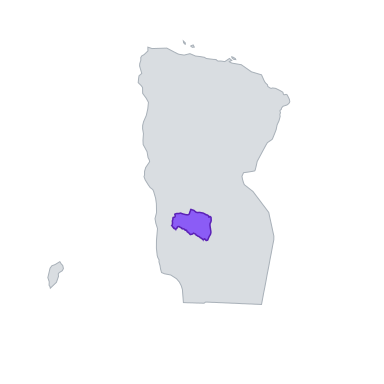 As Sawm, Hadramawt, Yemen shown in context, rotated 111°
{"feature_id": "15242507B25439284744831", "entity_name": "As Sawm", "entity_type": "district", "adm_level": 2, "iso_a3": "YEM", "parent_name": "Yemen", "parent_adm1": "Hadramawt", "projection": "equal_earth", "projection_center": [49.843, 16.023], "detail": "fine", "context": "in_parent", "style": "filled", "palette": "violet", "viewbox_px": 384, "rotation_deg": 111, "n_neighbors": 0, "source": "geoboundaries", "source_scale": "gbopen_adm2", "svg_char_len": 7715}
<svg xmlns="http://www.w3.org/2000/svg" viewBox="0 0 384 384"><g transform="rotate(111 192 192)"><path d="M298.3,160.4L286.5,166.0L283.4,168.4L280.6,171.5L278.5,175.4L277.1,182.1L278.2,188.3L278.1,191.6L275.1,193.8L272.3,195.4L269.1,197.8L267.2,198.4L265.6,200.3L263.8,201.7L257.2,205.1L250.0,207.8L238.5,211.1L234.1,214.6L230.1,217.0L224.0,217.7L215.6,221.1L210.9,223.7L205.1,228.1L203.8,229.5L202.8,232.7L201.0,235.4L197.5,240.0L194.9,242.3L193.1,242.4L189.7,243.7L185.7,244.0L178.9,242.4L177.2,243.5L175.7,245.3L170.5,248.4L165.2,254.6L161.3,256.3L155.0,258.2L150.6,260.8L147.6,261.9L143.8,262.4L136.8,262.1L130.1,263.1L123.9,264.8L121.0,268.2L117.6,273.4L112.2,275.6L110.9,277.5L109.2,281.4L105.7,282.4L102.5,283.1L99.3,281.4L93.1,286.1L90.8,286.8L87.3,287.0L84.8,288.0L83.0,287.7L80.8,285.9L76.1,283.7L72.6,285.1L72.4,280.7L66.7,267.1L68.1,255.3L68.1,253.6L67.0,248.4L63.6,243.5L63.8,237.4L62.7,233.1L61.8,228.6L62.1,227.4L62.2,226.3L60.5,219.4L60.0,218.1L59.8,216.6L60.4,215.5L60.3,214.2L59.4,212.1L58.5,208.1L53.9,204.9L54.9,202.0L55.8,203.0L57.0,203.9L57.3,202.0L57.3,200.6L55.5,191.6L58.5,179.7L57.7,169.1L62.1,164.7L63.2,163.4L63.9,162.3L64.9,159.9L66.3,159.1L66.9,156.5L66.9,155.2L66.0,154.1L65.3,151.1L65.6,147.4L65.8,145.8L66.3,142.9L67.9,141.8L68.3,140.9L67.1,139.1L67.2,138.0L69.9,135.0L70.9,134.1L72.6,133.1L73.9,133.1L75.4,133.7L76.7,134.5L78.0,136.1L79.4,137.8L81.5,138.5L83.0,138.3L84.2,139.1L85.2,138.7L86.3,137.8L88.1,137.8L89.8,136.8L94.4,136.3L98.9,136.6L103.6,135.8L108.2,135.8L112.9,135.9L114.0,136.0L115.0,136.6L118.9,139.3L121.9,139.8L128.0,140.6L134.4,141.4L140.0,142.1L144.7,141.4L148.7,140.9L149.8,141.0L150.9,142.7L153.3,146.8L155.5,150.8L159.4,151.0L161.9,149.5L164.7,147.4L166.4,145.8L168.4,139.4L169.7,135.2L172.6,130.6L175.0,126.7L178.3,121.5L180.0,118.7L183.6,113.0L186.9,110.9L193.4,106.6L199.7,102.5L203.8,99.8L207.3,98.5L213.2,97.5L220.1,96.2L227.0,95.0L234.4,93.6L242.6,92.2L248.2,91.1L255.4,89.8L261.3,88.8L266.6,87.8L272.1,86.8L273.1,89.9L274.2,93.1L275.2,96.2L276.3,99.3L277.3,102.4L278.4,105.5L279.4,108.7L280.4,111.8L281.5,114.9L282.5,118.0L283.6,121.2L284.6,124.3L285.7,127.4L286.7,130.6L287.8,133.7L288.8,136.8L289.9,139.9L291.5,140.9L292.5,143.8L294.0,147.9L295.4,152.1L296.9,156.2L298.3,160.4ZM314.9,287.1L316.4,287.5L318.6,286.4L324.9,286.2L332.6,289.8L331.2,290.7L330.3,292.0L327.0,293.1L323.6,295.9L314.0,297.2L311.1,296.4L308.8,293.8L304.4,290.4L306.1,288.2L306.5,287.2L307.1,286.2L309.6,284.6L312.0,284.9L314.9,287.1ZM56.5,244.8L56.2,245.5L55.8,245.3L54.3,243.6L55.9,241.8L56.8,243.5L56.5,244.8ZM52.4,202.7L51.6,203.4L51.4,202.2L51.9,199.4L52.7,198.6L53.2,200.7L52.8,201.8L52.4,202.7ZM55.7,253.3L54.1,254.2L55.2,251.7L56.3,251.2L56.6,251.3L55.7,253.3Z" fill="#d9dde1" stroke="#a8b0b8" stroke-width="1"/><path d="M222.4,200.4L222.7,200.5L222.9,200.5L223.0,200.5L223.2,200.4L223.8,200.3L224.2,200.1L224.3,200.1L224.5,200.0L224.8,200.0L225.0,200.0L225.7,200.0L225.9,200.0L226.1,199.9L226.5,199.8L226.7,199.7L226.8,199.6L227.0,199.5L227.2,199.4L227.3,199.3L227.7,199.2L227.9,199.1L228.4,199.0L228.5,198.9L228.9,198.8L229.1,198.8L229.5,198.7L229.8,198.7L230.2,198.7L230.5,198.8L230.5,198.7L230.8,198.4L231.0,198.2L231.3,197.8L231.4,197.7L231.5,197.5L231.6,197.4L231.7,196.9L231.7,196.5L231.7,196.3L231.8,196.2L231.9,196.3L232.1,196.3L232.3,196.2L232.4,195.9L232.5,195.6L232.5,195.3L232.5,195.1L232.5,194.8L232.5,194.6L232.6,194.3L232.5,194.1L232.4,194.1L232.3,193.9L232.5,193.7L232.4,193.7L232.0,193.6L231.8,193.5L231.7,193.5L231.6,193.4L231.3,193.3L231.1,193.1L230.9,193.0L230.7,193.0L230.4,193.1L230.2,193.1L229.9,193.1L229.7,193.0L229.6,192.9L229.4,192.8L229.3,192.7L229.2,192.5L229.1,192.2L229.1,191.9L228.9,191.7L228.9,191.4L228.9,191.2L229.0,191.0L229.1,190.8L229.2,190.7L229.2,190.2L229.3,189.9L229.3,189.6L229.2,189.5L229.2,189.3L229.2,189.2L229.3,189.1L229.4,188.9L229.4,188.7L229.6,188.7L229.8,188.5L229.8,188.4L229.8,188.2L229.8,187.9L229.8,187.7L229.8,187.4L229.6,187.2L229.5,186.9L229.4,186.8L229.4,186.6L229.4,186.3L229.5,186.0L229.5,185.8L229.6,185.4L229.7,185.1L229.8,185.1L230.0,185.0L230.1,184.8L230.1,184.7L229.9,184.5L229.8,184.3L230.0,184.1L229.9,183.9L229.7,183.7L229.7,183.4L229.8,183.2L230.0,183.0L230.1,182.9L230.4,182.8L230.5,182.7L230.6,182.4L230.8,182.2L231.0,182.0L231.0,181.8L231.0,181.6L230.9,181.4L231.0,181.3L231.0,181.2L231.3,180.8L231.3,180.6L231.4,180.3L231.4,180.2L231.5,180.0L231.5,179.9L231.6,179.7L232.0,179.1L232.0,178.9L232.2,178.7L232.3,178.6L232.3,178.4L232.3,178.1L232.2,178.0L232.1,177.9L231.9,177.8L231.8,177.7L231.7,177.5L231.7,177.4L231.6,177.1L231.5,176.9L231.4,176.9L231.2,176.8L231.1,176.6L230.9,176.4L230.7,176.3L230.3,176.1L230.1,176.0L229.9,175.9L229.9,175.5L229.9,175.3L230.0,175.2L230.0,174.2L230.0,173.9L230.1,173.6L230.1,173.4L230.3,173.2L230.5,173.0L230.7,172.8L230.7,172.6L230.8,172.5L230.8,172.3L230.8,172.1L230.8,171.8L230.8,171.7L230.9,171.4L231.1,170.9L231.1,170.5L231.1,170.3L231.1,170.1L231.1,169.8L231.1,169.3L231.2,169.1L231.4,168.5L231.6,168.1L231.7,167.9L231.7,167.5L231.7,167.4L231.7,167.2L231.8,166.9L232.0,166.5L232.0,166.4L232.0,166.2L232.0,165.9L232.1,165.7L232.2,165.4L232.3,165.3L232.2,165.1L232.2,164.8L232.3,164.7L232.5,164.5L232.4,164.5L232.3,164.4L232.2,164.2L231.9,163.8L231.7,163.7L231.3,163.6L231.2,163.5L231.2,163.3L231.2,163.2L231.4,163.0L231.5,162.7L231.7,162.4L231.7,162.2L231.8,162.0L232.0,161.9L232.1,161.7L232.2,161.4L232.0,161.2L231.9,161.1L231.9,160.9L231.4,160.5L231.3,160.4L231.3,160.2L230.9,160.2L230.7,160.1L230.3,160.1L230.2,160.1L229.5,160.1L229.3,160.1L229.0,160.1L227.6,160.0L227.2,160.0L226.8,159.9L226.5,159.9L226.2,159.8L225.7,159.7L225.3,159.6L224.7,159.6L223.9,159.7L223.6,159.8L223.2,159.8L222.7,160.0L222.2,160.2L221.8,160.4L221.6,160.5L220.5,161.2L219.8,161.5L219.4,161.8L219.1,162.0L218.7,162.2L217.4,162.9L216.8,163.2L216.5,163.4L216.3,163.4L216.1,163.5L215.9,163.6L215.6,163.7L215.4,163.7L215.2,163.8L214.9,163.8L214.4,163.8L214.1,163.8L213.8,163.7L213.6,163.7L212.9,163.7L212.7,163.7L212.3,163.8L211.7,163.9L211.4,164.0L210.8,164.3L210.1,164.6L209.9,164.7L209.6,164.8L209.4,164.9L208.8,165.2L208.6,165.8L208.5,166.0L208.4,166.4L208.5,166.6L208.6,166.8L208.8,166.9L209.1,167.0L209.3,167.0L209.4,167.3L209.2,167.5L208.9,167.6L208.6,167.8L208.5,168.0L208.4,168.2L208.3,168.4L208.1,168.8L208.1,169.1L208.0,169.3L208.0,169.5L208.0,170.0L208.2,170.3L208.3,170.5L208.2,170.9L208.1,171.0L207.9,171.3L207.9,171.5L208.0,171.8L208.0,172.0L207.9,172.4L207.8,172.6L207.8,173.0L207.8,173.3L207.7,173.5L207.7,174.0L207.8,174.4L207.8,174.7L207.8,174.9L207.9,175.1L208.0,175.8L208.1,176.3L208.2,177.0L208.3,177.4L208.4,177.8L208.5,178.0L208.8,178.6L209.1,179.2L209.2,179.4L209.2,179.6L209.3,179.8L209.3,180.0L209.3,180.3L209.4,180.7L209.4,180.9L209.3,181.2L209.3,181.5L209.2,181.7L209.1,181.9L208.9,182.6L208.7,183.0L208.6,183.4L208.5,183.6L208.6,185.3L208.6,185.6L208.6,186.1L208.6,186.3L208.6,186.5L208.6,186.8L208.9,186.9L209.3,186.9L209.5,186.8L209.9,186.8L210.1,186.7L210.4,186.7L210.6,186.7L211.0,186.8L211.4,186.8L211.5,186.8L212.5,186.7L213.4,186.7L213.6,186.7L213.7,186.8L214.1,187.0L214.4,187.2L214.6,187.4L214.7,187.6L214.8,187.8L215.0,188.2L215.1,188.4L215.1,188.7L215.2,188.9L215.3,189.6L215.4,189.8L215.5,190.4L215.5,190.9L215.5,191.1L215.6,191.3L215.7,192.1L215.7,192.7L215.7,193.0L215.8,193.5L215.8,194.2L215.8,194.4L215.7,194.9L215.8,195.1L215.9,195.3L216.0,195.4L216.2,195.7L216.3,195.9L216.4,196.0L216.7,196.4L216.8,196.6L216.9,196.8L217.0,197.1L217.1,197.4L217.2,197.6L217.3,197.8L217.4,198.2L217.7,198.8L217.8,198.9L218.0,199.1L218.2,199.4L218.3,199.5L218.6,199.8L218.7,200.0L218.9,200.1L219.1,200.0L219.8,199.4L220.7,199.0L221.1,199.0L221.7,199.2L222.0,199.5L222.2,199.9L222.4,200.4Z" fill="#8b5cf6" stroke="#5b21b6" stroke-width="1.5"/></g></svg>